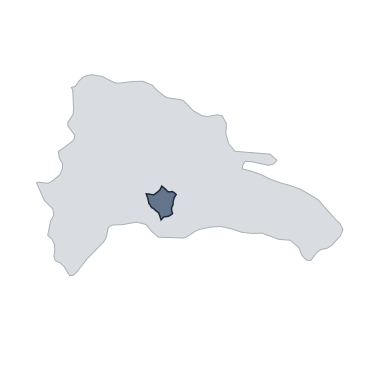 Dominican Republic, with San José de Ocoa highlighted, rotated 9°
{"feature_id": "DOM-1978", "entity_name": "San José de Ocoa", "entity_type": "Province", "adm_level": 1, "iso_a3": "DOM", "parent_name": "Dominican Republic", "parent_adm1": "", "projection": "orthographic", "projection_center": [-70.501, 18.601], "detail": "fine", "context": "in_parent", "style": "filled", "palette": "slate", "viewbox_px": 384, "rotation_deg": 9, "n_neighbors": 0, "source": "natural_earth", "source_scale": "10m", "svg_char_len": 1917}
<svg xmlns="http://www.w3.org/2000/svg" viewBox="0 0 384 384"><g transform="rotate(9 192 192)"><path d="M56.3,257.5L56.8,242.7L59.1,236.8L57.1,230.5L47.7,223.7L42.1,215.1L37.0,207.4L38.2,206.3L48.4,206.0L52.0,203.3L58.9,195.5L60.3,189.2L59.8,184.5L55.4,178.8L53.7,172.8L59.2,167.6L66.4,160.0L67.4,157.1L67.3,154.2L59.0,146.1L58.4,142.7L62.4,134.0L62.0,128.2L58.3,110.2L56.5,107.5L60.2,106.0L62.7,100.6L66.0,95.9L70.3,93.3L75.2,91.8L85.0,91.9L98.4,96.2L102.2,96.1L115.2,92.4L125.9,90.3L136.0,92.7L140.1,96.0L148.4,101.1L152.6,102.7L165.8,102.6L169.4,103.1L180.5,111.6L189.8,115.0L195.2,115.1L204.9,111.8L209.8,111.9L215.3,119.2L216.4,129.6L221.1,139.1L228.2,145.1L263.1,142.4L270.9,147.3L268.3,151.5L263.4,153.7L246.8,152.8L239.5,153.4L238.0,157.5L238.0,161.3L247.8,162.2L257.3,164.0L267.1,167.0L277.0,169.0L288.1,170.3L299.1,172.4L317.5,179.7L337.9,196.5L343.3,200.3L347.0,205.6L345.3,212.2L338.2,223.0L334.2,226.5L328.2,228.7L324.1,233.1L320.3,240.7L317.9,241.4L315.0,241.1L310.1,236.9L306.5,230.4L296.7,224.3L285.1,225.2L267.9,221.7L257.5,223.5L247.2,224.0L236.5,222.2L225.9,221.6L215.2,223.9L204.9,227.9L201.1,230.4L194.5,236.6L190.9,238.8L165.8,241.9L158.5,237.4L151.8,231.3L142.1,230.4L128.1,235.2L119.3,236.9L115.7,238.9L114.7,241.2L114.6,249.8L112.6,255.0L98.8,274.6L91.0,288.5L87.8,292.8L84.1,293.7L77.4,285.7L73.1,282.7L67.8,281.3L65.6,277.0L65.7,271.0L64.3,265.1L61.1,260.5L56.3,257.5Z" fill="#d9dde1" stroke="#a8b0b8" stroke-width="1"/><path d="M161.2,190.9L164.8,193.0L168.2,195.5L170.3,195.3L172.3,194.6L174.6,195.5L176.8,197.0L175.2,200.6L174.9,204.5L175.2,207.6L174.3,210.8L174.9,213.7L176.2,216.3L174.4,218.3L172.3,219.8L168.1,221.0L165.8,224.4L164.0,220.7L162.2,217.7L159.5,216.3L156.7,214.4L154.7,213.7L153.2,212.3L152.6,211.0L151.3,210.2L149.6,205.7L147.1,200.9L151.0,200.8L154.7,200.8L156.0,199.4L157.8,197.7L160.0,194.9L161.2,190.9Z" fill="#64748b" stroke="#1e293b" stroke-width="1.5"/></g></svg>